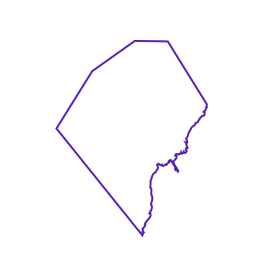 the district of Ngermetengel, Palau, rotated 201°
{"feature_id": "81905179B39687877092944", "entity_name": "Ngermetengel", "entity_type": "district", "adm_level": 2, "iso_a3": "PLW", "parent_name": "Palau", "parent_adm1": "", "projection": "natural_earth1", "projection_center": [134.5, 7.522], "detail": "fine", "context": "isolated", "style": "outline", "palette": "violet", "viewbox_px": 256, "rotation_deg": 201, "n_neighbors": 0, "source": "geoboundaries", "source_scale": "gbopen_adm2", "svg_char_len": 2246}
<svg xmlns="http://www.w3.org/2000/svg" viewBox="0 0 256 256"><g transform="rotate(201 128 128)"><path d="M76.1,32.9L76.1,34.0L76.0,35.0L76.0,35.7L75.8,36.2L76.6,36.6L77.3,36.3L77.5,37.2L77.5,37.9L77.8,38.9L78.3,39.3L78.0,40.1L77.5,40.8L77.2,42.3L76.9,43.4L77.9,44.2L77.9,44.9L77.6,45.9L77.4,46.8L77.0,48.4L76.0,50.7L75.7,52.2L75.4,53.6L75.8,55.1L76.4,56.1L77.4,56.0L77.1,57.2L77.4,58.2L76.8,59.0L76.9,60.3L77.1,61.7L77.5,63.1L78.2,64.1L79.1,64.7L79.3,66.0L79.5,67.4L79.6,68.6L79.5,69.6L79.8,70.4L80.6,72.0L81.4,73.3L82.3,74.0L83.0,75.6L83.4,76.8L83.8,78.2L84.6,79.7L85.8,80.3L86.0,80.9L87.1,84.5L87.9,86.1L87.9,88.7L88.2,91.0L88.1,93.0L87.8,94.5L87.2,95.4L86.3,96.9L86.1,98.9L85.6,100.0L85.8,101.3L86.1,102.3L86.7,103.0L87.7,104.2L87.3,104.8L86.7,105.6L85.5,105.0L84.2,105.0L83.5,105.2L83.2,105.9L82.6,105.1L81.7,105.1L81.0,105.8L80.4,106.5L80.1,107.4L79.0,107.3L78.7,108.3L78.6,108.7L78.2,109.5L77.3,111.0L78.0,111.6L77.3,112.9L76.7,112.3L76.2,113.2L69.5,108.0L69.4,106.6L68.4,105.7L67.5,106.4L65.8,105.2L65.7,105.8L66.9,107.0L71.9,110.6L73.4,112.5L73.5,113.6L73.1,114.5L72.5,116.0L72.0,117.1L72.2,118.2L72.9,119.4L73.4,119.6L74.0,119.4L73.7,121.0L72.6,121.1L71.9,121.6L71.6,121.3L71.3,121.4L70.4,122.3L69.8,123.1L69.8,124.2L69.4,123.6L68.8,123.2L68.3,123.4L67.8,124.3L67.5,125.9L66.7,124.7L66.0,125.0L65.2,126.1L64.9,127.1L65.0,127.7L66.0,128.3L66.2,129.0L66.5,129.5L66.3,129.8L66.3,130.3L65.6,130.4L65.3,130.6L65.5,131.1L66.0,131.5L66.6,132.4L67.1,132.7L67.4,133.5L67.9,134.1L68.3,134.5L68.8,134.9L67.9,134.8L67.6,135.7L67.7,136.6L68.0,136.8L68.4,136.6L68.3,137.1L68.5,137.4L69.0,138.1L69.7,138.6L69.9,139.2L69.9,139.7L69.5,140.4L69.4,141.1L69.4,142.3L69.5,143.4L69.6,144.5L69.6,145.4L69.6,146.3L69.3,147.5L69.2,148.5L69.0,149.9L68.9,150.8L68.8,151.3L68.3,152.5L67.7,153.4L67.0,154.2L66.8,154.9L66.7,155.3L66.7,155.8L66.8,156.4L66.7,156.9L66.1,157.3L65.6,157.8L65.0,158.6L64.9,159.4L64.7,160.6L64.7,161.7L64.4,162.2L64.1,162.9L64.1,163.9L63.3,164.9L63.0,166.1L62.0,166.3L61.4,167.1L61.4,168.4L61.8,169.6L63.3,170.1L63.3,170.6L62.5,170.8L62.2,171.8L62.1,173.5L61.9,175.5L62.6,175.7L62.4,176.6L62.6,177.8L63.1,178.4L63.1,178.5L121.9,223.1L152.9,211.7L181.8,168.2L194.6,101.9L76.1,32.9Z" fill="none" stroke="#5b21b6" stroke-width="2"/></g></svg>